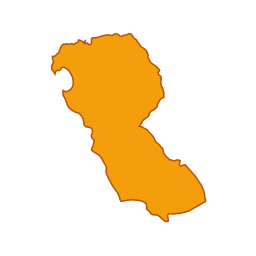 Palhoça, Santa Catarina, Brazil (Mercator projection), rotated 159°
{"feature_id": "56859067B52054946990631", "entity_name": "Palhoça", "entity_type": "district", "adm_level": 2, "iso_a3": "BRA", "parent_name": "Brazil", "parent_adm1": "Santa Catarina", "projection": "mercator", "projection_center": [-48.656, -27.763], "detail": "fine", "context": "isolated", "style": "filled", "palette": "amber", "viewbox_px": 256, "rotation_deg": 159, "n_neighbors": 0, "source": "geoboundaries", "source_scale": "gbopen_adm2", "svg_char_len": 3000}
<svg xmlns="http://www.w3.org/2000/svg" viewBox="0 0 256 256"><g transform="rotate(159 128 128)"><path d="M161.0,62.2L159.2,61.7L156.5,61.2L153.7,60.6L151.0,59.9L147.7,58.4L144.7,57.0L142.5,55.7L140.7,54.4L139.4,52.7L138.1,50.5L138.8,47.9L139.6,45.5L138.3,43.1L137.3,39.5L135.6,38.0L133.1,36.9L131.2,35.5L130.0,33.5L129.1,31.7L128.2,30.1L127.2,28.3L126.0,26.9L123.8,26.6L123.0,29.0L122.6,31.8L120.9,33.5L118.1,32.2L115.7,31.1L113.6,30.8L111.7,30.1L108.1,29.4L104.1,29.0L101.4,28.7L82.0,31.6L81.2,33.6L81.2,35.6L80.4,38.3L79.8,42.3L79.9,44.8L80.0,47.9L82.4,58.7L87.8,73.1L90.2,73.7L92.3,73.3L93.2,74.9L92.4,76.9L91.1,78.6L92.1,80.0L94.2,80.7L96.0,80.6L97.8,81.6L99.5,82.8L100.8,83.9L101.4,85.9L102.6,87.3L103.1,89.1L103.6,91.7L103.2,94.7L102.9,96.8L104.2,98.5L104.6,101.2L105.7,102.7L106.7,104.6L107.3,106.5L107.3,108.9L107.9,112.1L109.2,115.1L110.2,117.7L110.8,119.5L112.8,121.7L114.7,124.3L117.0,125.5L114.6,127.2L112.8,128.5L110.8,130.1L108.7,130.5L107.1,131.0L105.2,131.5L103.7,132.6L102.4,134.4L100.5,135.4L98.1,135.7L95.3,136.3L93.0,137.8L91.6,139.7L90.3,141.0L88.4,142.5L86.7,143.6L85.0,143.6L83.3,144.1L82.8,146.0L81.9,148.0L81.6,150.7L81.5,153.1L81.7,156.0L81.0,159.2L79.5,161.5L78.8,164.1L80.1,166.5L80.3,168.8L77.8,170.4L78.6,173.2L79.8,175.8L81.5,178.1L83.1,180.6L83.6,182.9L83.8,184.8L84.2,187.1L83.1,188.9L82.9,191.6L83.3,194.2L85.0,197.0L86.9,199.4L87.2,201.5L87.8,203.4L88.3,205.5L88.6,207.3L90.0,209.3L90.9,212.2L91.1,214.4L93.2,215.6L96.3,215.5L98.5,216.1L100.8,215.8L102.7,216.7L103.5,218.8L105.4,220.3L107.5,220.5L110.1,219.9L111.4,221.1L113.0,222.0L115.1,222.5L117.8,223.1L120.1,223.2L121.8,223.4L123.7,223.6L126.0,223.9L128.3,224.8L130.0,224.6L130.7,222.9L131.5,220.8L132.9,219.4L135.0,220.0L135.4,221.9L138.4,222.3L136.7,224.6L139.0,224.1L140.7,226.5L142.6,227.9L143.7,226.4L145.3,226.0L147.1,225.9L148.9,225.6L150.3,227.0L152.7,227.1L154.2,228.2L156.1,228.6L157.9,229.4L160.2,228.8L162.0,227.3L163.8,225.2L165.8,223.2L168.7,222.1L170.9,221.2L172.9,222.0L173.7,219.8L173.5,217.7L174.5,215.6L176.0,214.3L177.3,212.7L178.2,209.6L177.2,207.4L176.9,204.5L175.3,206.7L173.5,207.2L171.6,206.3L169.7,206.7L168.6,208.3L166.1,207.6L164.4,205.7L163.4,204.2L162.5,201.9L161.9,199.2L161.7,196.6L161.8,194.2L162.4,191.3L163.1,189.4L164.0,187.7L165.3,186.1L167.0,185.0L169.5,184.1L172.2,184.0L174.0,184.8L175.2,186.3L176.4,183.9L176.8,181.3L176.3,178.7L176.2,176.0L176.2,173.8L176.4,171.4L176.1,169.1L175.4,167.1L174.2,165.2L173.2,163.7L171.6,161.8L170.1,160.7L168.4,159.0L167.0,155.6L166.7,153.0L167.0,150.9L167.3,148.8L167.8,146.8L167.1,144.5L165.3,143.3L162.9,141.7L161.8,139.9L162.4,137.2L163.8,135.5L165.2,133.8L165.1,131.4L164.0,128.6L165.6,125.9L167.1,123.9L169.0,122.1L169.9,120.3L168.2,117.6L166.3,115.2L165.2,113.6L164.1,111.4L163.5,109.0L163.2,106.9L162.8,103.8L162.3,101.3L162.3,98.5L163.5,96.6L164.4,93.9L164.4,90.7L164.2,87.6L163.6,83.6L163.2,79.8L162.2,75.9L161.7,73.9L160.7,69.8L160.8,66.8L161.1,64.1L161.0,62.2Z" fill="#f59e0b" stroke="#b45309" stroke-width="1.5"/></g></svg>